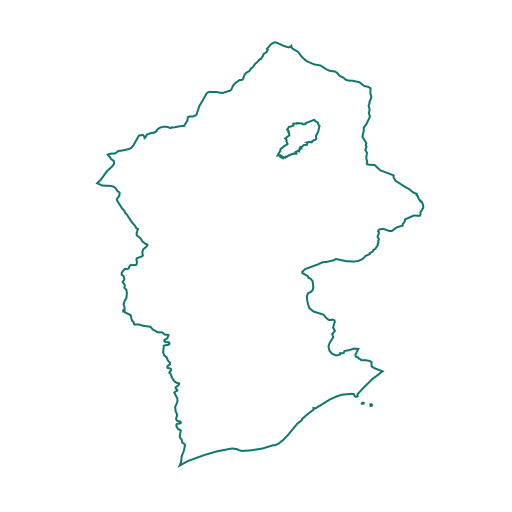 Agam, Sumatera Barat, Indonesia, rotated 274°
{"feature_id": "22746128B89220130199878", "entity_name": "Agam", "entity_type": "district", "adm_level": 2, "iso_a3": "IDN", "parent_name": "Indonesia", "parent_adm1": "Sumatera Barat", "projection": "equal_earth", "projection_center": [100.243, -0.253], "detail": "fine", "context": "isolated", "style": "outline", "palette": "teal", "viewbox_px": 512, "rotation_deg": 274, "n_neighbors": 0, "source": "geoboundaries", "source_scale": "gbopen_adm2", "svg_char_len": 6125}
<svg xmlns="http://www.w3.org/2000/svg" viewBox="0 0 512 512"><g transform="rotate(274 256 256)"><path d="M468.1,276.5L466.9,275.4L466.4,274.0L467.5,268.9L470.3,261.7L470.4,260.5L470.3,259.1L468.1,256.0L463.4,252.5L462.7,253.3L460.2,252.4L458.0,249.4L456.3,249.1L453.0,247.3L452.8,246.3L448.9,243.2L448.0,242.0L443.9,239.5L443.0,238.0L440.1,236.4L437.9,233.3L436.1,232.0L431.4,230.6L430.5,229.4L430.4,227.4L427.4,223.6L424.7,221.4L420.1,219.7L419.2,218.7L416.3,211.4L416.8,204.5L416.4,198.2L416.0,196.9L414.9,195.5L401.5,189.0L392.6,186.7L390.8,183.8L390.6,180.2L389.8,178.3L386.0,178.1L381.8,175.6L380.9,175.5L379.8,169.6L378.5,165.0L378.3,162.5L377.7,162.1L377.7,161.2L378.6,158.6L378.6,156.4L378.5,154.6L377.2,151.0L374.7,148.1L373.4,148.1L372.2,145.7L371.6,145.4L371.6,143.3L369.4,138.5L366.9,137.6L365.9,136.6L367.7,135.9L368.9,134.7L368.0,130.8L357.8,126.0L355.1,123.9L353.9,122.0L351.8,114.9L351.2,111.5L348.5,108.3L348.0,104.4L347.4,102.2L346.6,101.0L344.0,103.8L342.6,104.7L340.9,107.5L338.2,108.1L335.1,106.1L330.1,101.3L321.1,95.8L317.5,92.5L315.6,97.6L315.8,106.6L315.1,109.4L314.0,111.1L311.1,113.3L310.2,114.8L309.2,115.7L306.2,115.3L303.5,113.4L302.1,113.2L294.7,118.6L291.4,121.9L290.0,122.3L288.1,124.5L281.1,129.7L277.7,133.2L275.3,134.7L274.8,136.3L270.2,135.3L268.3,135.6L265.2,139.9L262.9,141.4L260.7,144.4L259.9,146.8L259.5,147.0L257.7,146.1L255.1,143.3L254.1,142.8L251.7,142.3L248.6,143.1L247.9,142.6L245.4,137.2L244.1,137.0L241.0,137.8L239.1,137.2L238.6,136.7L238.1,131.3L236.5,130.3L234.7,129.9L233.9,128.2L233.9,125.9L230.0,123.2L228.0,123.3L226.6,125.3L224.5,126.2L223.0,126.1L220.7,124.8L218.3,127.0L215.0,127.0L213.0,129.2L209.9,129.8L204.7,129.6L202.5,128.2L198.7,127.3L194.8,128.7L193.6,128.3L192.5,127.2L191.4,127.5L191.8,128.8L190.7,129.1L188.2,135.2L183.1,136.6L181.4,138.6L179.7,138.9L179.1,139.6L179.6,144.0L178.6,147.6L178.0,155.6L175.1,158.6L174.8,159.9L173.1,162.7L173.2,167.4L173.0,168.2L171.3,170.2L171.2,174.1L170.6,174.3L167.6,173.1L166.1,170.9L165.4,170.4L164.6,170.5L163.6,172.3L164.0,174.1L163.8,175.2L162.4,175.9L161.2,174.6L160.6,171.6L160.0,170.3L153.5,170.1L150.5,171.3L148.8,173.9L145.9,175.2L143.3,177.7L141.9,177.8L140.1,175.5L139.4,175.2L138.2,175.6L137.8,178.2L137.2,179.2L135.8,179.2L134.4,177.8L133.3,177.7L132.6,178.9L128.9,180.6L125.4,183.2L124.0,185.5L123.7,188.0L123.2,188.3L121.2,187.3L119.5,185.0L118.5,185.0L116.6,187.0L116.0,186.7L114.9,184.8L113.9,184.1L108.5,187.4L106.6,187.7L104.9,187.7L99.8,185.9L95.3,186.7L92.3,188.5L87.8,187.6L86.3,188.6L85.9,189.4L85.6,192.0L84.6,192.6L83.9,192.3L82.9,188.9L82.2,188.4L80.5,188.5L77.8,190.5L76.9,193.1L70.3,192.5L69.4,192.9L67.7,194.6L64.8,195.4L63.2,198.1L62.0,198.3L56.5,197.6L51.3,195.9L44.9,195.6L41.6,194.4L46.8,202.6L53.8,218.2L58.4,230.6L62.3,245.4L62.1,250.4L61.2,252.2L60.5,255.6L61.7,264.0L64.4,275.9L68.5,286.4L68.4,287.8L70.3,291.5L74.6,296.1L78.5,299.5L91.9,309.1L95.3,313.1L96.5,313.3L100.9,317.5L106.7,324.1L108.4,323.9L108.1,325.9L117.8,339.4L121.5,346.1L123.7,351.7L125.2,361.2L124.9,363.4L123.3,364.1L122.6,365.1L122.6,366.4L123.1,367.2L125.3,366.9L132.8,373.1L141.0,380.3L149.8,390.3L152.4,381.8L153.9,379.1L158.2,378.6L159.2,376.8L159.7,372.4L159.3,368.3L160.1,367.8L161.1,365.3L161.9,364.9L162.7,362.5L164.4,362.0L170.5,364.5L170.4,360.2L168.5,355.2L167.6,351.5L167.1,350.7L165.8,350.5L165.0,349.2L165.0,346.8L163.8,346.7L162.7,344.4L162.4,342.5L163.9,338.6L166.8,335.8L170.9,334.6L174.1,335.4L180.4,338.7L183.4,337.5L186.8,339.9L189.9,337.9L196.0,339.2L197.4,338.6L197.9,336.6L197.3,335.1L197.3,332.9L199.2,330.3L202.2,327.4L204.6,317.4L207.6,313.0L212.7,310.8L219.1,309.5L222.5,310.5L224.0,313.3L225.9,314.9L228.9,315.3L235.0,314.2L237.2,311.8L238.0,309.7L239.5,309.2L242.2,303.4L243.4,303.2L246.4,306.0L251.8,318.1L254.3,322.6L255.1,327.0L257.1,333.7L258.6,336.0L257.1,346.3L257.3,354.4L258.2,358.6L260.8,363.0L263.5,365.0L265.8,369.2L266.8,369.2L268.5,372.1L270.1,372.5L271.3,374.4L275.2,376.7L276.8,376.5L278.0,377.3L279.1,376.8L281.3,377.5L283.8,375.9L287.0,376.9L288.3,376.9L289.4,376.0L291.1,377.1L292.0,381.1L290.3,387.0L290.3,389.6L294.5,394.6L296.5,400.2L298.0,400.1L300.5,401.8L303.0,402.2L307.4,410.7L307.5,416.5L309.0,417.2L311.1,417.0L315.7,419.5L318.3,419.2L321.5,417.7L321.7,416.4L322.7,416.4L322.8,415.7L324.1,414.4L327.0,413.2L328.0,411.9L329.1,412.2L330.5,408.1L333.4,404.2L335.0,400.5L340.8,389.9L344.1,387.7L346.0,387.7L350.2,373.9L355.0,368.1L355.0,361.4L355.7,360.0L357.7,360.4L361.4,359.1L366.7,359.5L369.4,357.6L372.5,358.7L374.0,357.7L376.1,358.3L382.3,353.9L388.8,354.8L391.6,354.5L395.0,356.8L402.9,359.9L406.3,358.7L410.4,359.1L413.8,357.8L416.7,358.7L417.6,358.4L421.6,359.9L423.5,359.8L426.2,358.7L431.3,358.6L432.6,356.2L433.0,352.5L433.4,351.6L436.6,347.1L437.6,339.6L437.4,336.6L438.0,333.4L440.1,330.6L441.5,326.8L444.4,324.1L445.6,321.9L445.8,316.9L447.1,313.3L450.5,307.1L451.2,300.6L453.7,293.6L455.1,291.2L458.3,287.4L462.5,283.8L465.5,277.9L466.5,277.0L468.1,276.5ZM391.4,287.8L391.4,292.8L390.6,293.6L391.0,296.0L392.0,296.3L395.9,304.5L394.6,305.8L393.6,308.1L390.4,309.7L390.2,310.3L384.1,309.3L380.0,307.5L376.9,307.9L375.9,306.8L375.6,305.7L374.5,304.1L373.7,304.1L373.2,303.3L373.6,301.7L373.3,301.5L373.4,300.7L372.9,299.2L372.8,299.6L370.4,298.9L369.9,295.8L368.0,294.0L367.8,292.8L366.9,293.0L366.7,292.5L366.3,293.2L366.1,292.4L364.7,292.1L364.4,291.1L363.6,291.4L363.8,290.9L362.5,288.1L361.8,288.0L361.4,289.2L361.0,289.2L361.3,288.4L360.6,287.7L360.9,286.8L360.3,285.6L360.4,285.0L359.6,283.4L358.7,282.7L358.8,281.5L357.1,280.0L357.3,278.9L356.1,278.4L356.5,276.6L355.3,276.2L356.0,274.6L356.6,274.7L356.3,274.1L356.7,273.2L358.0,273.7L358.3,273.2L357.7,270.6L360.5,271.7L362.2,272.8L364.4,273.0L367.6,276.5L368.3,277.8L369.1,278.4L369.6,279.5L370.3,279.6L372.3,278.4L373.9,278.4L375.3,276.9L378.8,280.9L381.8,280.1L382.0,279.6L382.6,279.9L384.0,278.9L384.3,278.2L386.9,279.8L388.7,284.2L390.6,283.9L391.0,287.9L391.4,287.8ZM116.0,380.4L114.4,380.7L114.6,381.8L115.6,382.1L116.2,381.4L116.0,380.4ZM116.8,372.1L116.1,371.8L115.9,372.2L116.4,373.7L117.1,373.7L117.2,373.3L116.8,372.1Z" fill="none" stroke="#0f766e" stroke-width="2"/></g></svg>